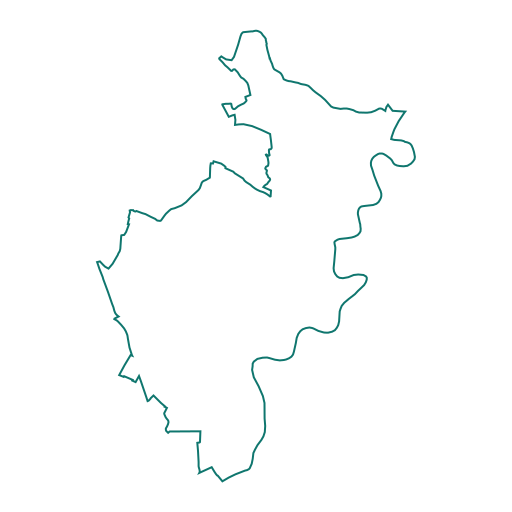 Santana De Mures, Mures, Romania (Natural Earth projection)
{"feature_id": "2599482B40977514976433", "entity_name": "Santana De Mures", "entity_type": "district", "adm_level": 2, "iso_a3": "ROU", "parent_name": "Romania", "parent_adm1": "Mures", "projection": "natural_earth1", "projection_center": [24.57, 46.597], "detail": "fine", "context": "isolated", "style": "outline", "palette": "teal", "viewbox_px": 512, "rotation_deg": 0, "n_neighbors": 0, "source": "geoboundaries", "source_scale": "gbopen_adm2", "svg_char_len": 6017}
<svg xmlns="http://www.w3.org/2000/svg" viewBox="0 0 512 512"><path d="M394.4,129.3L398.7,121.1L404.4,112.6L405.2,111.6L392.6,110.8L388.0,104.7L386.4,107.0L385.7,109.3L385.5,109.7L385.3,110.9L381.9,108.8L380.6,108.5L379.1,108.6L375.2,110.7L371.2,112.2L367.0,112.7L359.1,112.5L355.9,111.6L353.4,110.2L349.6,109.1L346.6,108.5L344.0,108.5L340.5,108.9L333.4,107.6L331.1,106.5L325.1,99.9L320.8,96.1L317.6,93.8L315.4,92.2L312.9,90.1L310.9,88.1L308.6,86.0L307.8,85.6L305.7,84.9L304.8,84.7L301.8,84.2L300.6,83.9L298.1,82.9L295.4,82.4L290.7,81.3L288.7,81.1L286.9,80.6L285.4,80.0L283.7,79.2L282.3,75.7L281.0,73.6L279.6,72.4L274.7,69.6L274.2,69.2L273.7,68.5L273.1,67.2L272.4,65.1L272.1,63.9L270.6,60.7L269.9,58.3L269.6,58.4L269.1,56.1L267.4,49.9L266.4,44.9L266.5,44.4L266.7,44.1L266.7,43.4L266.3,42.6L266.2,41.5L265.8,40.2L265.8,39.6L265.8,38.9L264.8,37.4L262.7,35.0L261.8,33.6L260.9,32.6L259.6,31.8L257.7,31.0L256.0,30.7L254.1,31.0L252.7,31.4L251.2,31.4L243.2,32.2L242.4,32.8L241.5,33.8L240.5,36.3L238.1,44.8L234.0,56.9L231.6,60.2L226.1,59.4L222.8,57.4L221.3,56.4L219.2,58.3L219.4,59.1L222.6,62.3L225.1,65.3L227.5,67.3L231.2,70.9L232.0,70.9L233.3,69.5L234.1,69.3L234.9,69.4L237.7,72.3L239.9,75.8L241.2,77.5L243.5,78.8L245.6,80.9L247.3,82.9L248.3,85.4L250.4,95.0L245.4,96.9L245.7,98.7L246.4,100.0L246.5,100.6L246.2,101.1L245.1,102.3L243.7,103.5L241.2,104.6L238.0,106.3L235.1,108.8L234.2,109.1L233.3,109.0L232.4,108.1L231.7,106.5L231.4,104.7L231.3,104.0L230.8,103.6L228.3,103.8L225.7,103.8L222.4,104.3L222.3,104.7L228.8,116.8L232.3,115.4L234.6,114.8L235.4,119.9L235.0,124.9L238.9,124.4L243.5,124.2L252.1,126.1L261.1,129.8L270.1,134.0L270.4,136.4L270.9,140.1L271.7,147.3L271.5,148.4L270.7,149.2L269.6,149.3L269.1,149.5L268.9,150.2L269.1,153.1L269.6,155.1L269.3,155.5L268.4,155.7L267.3,155.2L266.5,154.5L265.9,154.7L266.0,155.1L267.6,157.4L268.3,161.3L268.5,163.0L268.1,165.6L267.4,166.2L266.7,166.3L266.0,166.8L265.4,168.0L265.3,168.6L265.7,169.2L266.9,170.4L266.8,171.3L266.4,172.9L266.5,173.7L267.5,175.2L268.3,177.3L269.3,178.0L269.8,178.5L270.0,179.0L270.1,179.7L269.6,180.7L268.2,182.3L267.3,183.7L266.8,184.2L265.6,184.8L264.2,186.0L263.4,187.1L271.0,190.5L270.6,196.3L270.1,196.5L267.5,194.5L265.2,193.1L263.1,192.1L259.9,191.1L256.8,189.6L255.0,188.5L252.7,186.8L250.3,184.7L246.2,182.1L244.5,180.6L243.1,178.5L234.8,173.3L233.3,171.7L225.4,168.2L225.5,166.9L224.2,165.7L221.2,163.6L213.6,161.3L213.0,163.5L211.3,163.3L210.8,163.3L210.4,165.5L210.2,167.8L210.0,173.5L209.9,177.2L209.8,177.7L209.1,178.1L206.3,179.8L203.3,181.1L202.3,182.0L201.6,183.1L201.0,185.0L200.4,186.6L199.8,188.2L198.5,190.0L191.9,196.1L186.1,202.1L181.6,205.4L174.7,208.2L171.2,209.1L169.4,210.5L166.0,213.7L164.5,215.6L161.0,220.5L160.1,220.9L157.6,220.6L157.0,220.4L155.2,218.9L150.7,216.8L145.5,214.1L142.4,213.2L136.4,211.0L135.5,211.5L134.8,211.4L133.5,210.8L133.2,210.2L130.7,210.1L129.7,210.5L130.0,212.4L128.5,217.5L129.2,218.4L128.5,220.9L127.8,224.1L129.0,224.3L126.1,232.0L124.2,234.9L121.4,235.3L121.2,236.0L120.3,248.8L119.7,251.2L118.3,253.5L117.8,254.9L112.6,263.8L108.5,268.6L105.1,266.7L103.1,264.8L99.9,261.4L97.1,262.1L97.3,262.6L99.4,268.8L102.7,277.1L103.3,279.3L108.0,292.0L112.1,303.9L113.4,307.2L114.3,310.7L115.2,313.0L116.1,314.3L117.3,315.5L118.6,316.5L114.5,318.6L114.3,319.1L116.7,320.4L118.0,321.5L121.2,324.9L124.1,328.4L125.8,331.3L127.2,334.7L127.5,335.9L127.9,338.7L129.5,347.6L130.5,350.7L131.9,355.1L132.2,355.7L130.6,355.1L124.6,365.1L120.2,373.2L119.2,375.1L123.7,376.9L124.1,376.2L132.7,379.9L132.3,380.6L135.6,382.1L139.0,376.0L141.0,381.5L143.0,387.4L146.2,396.8L147.6,401.1L148.6,400.7L150.4,398.8L150.7,398.2L153.5,395.5L161.1,403.1L165.0,406.4L164.7,406.8L166.9,407.9L165.3,411.1L164.3,413.0L164.2,413.4L164.4,414.4L165.6,417.1L166.6,418.6L167.8,420.0L168.3,420.9L168.5,422.2L168.0,424.2L167.0,426.5L166.1,428.0L165.8,428.8L165.9,430.0L166.2,430.9L168.1,432.8L169.6,431.5L200.4,431.3L200.0,441.6L199.9,442.2L199.5,442.5L197.9,442.7L197.3,442.8L198.0,450.8L198.5,460.1L198.6,462.0L198.6,465.1L198.6,466.2L198.8,467.3L199.5,469.7L199.7,471.3L199.6,472.3L199.3,472.9L211.7,467.2L214.4,471.7L216.0,474.1L217.1,475.4L217.8,475.7L222.4,481.3L228.7,477.6L235.5,474.3L245.0,470.6L247.1,470.1L248.8,469.2L249.7,468.3L251.7,463.8L252.7,458.9L253.4,453.0L255.0,449.6L257.5,445.1L261.4,439.9L263.4,436.4L264.8,432.1L265.2,426.0L264.6,418.5L264.5,403.0L262.9,396.1L258.6,386.2L253.8,377.3L252.1,369.9L252.6,366.4L252.7,363.6L253.8,361.6L257.4,358.9L262.7,357.7L267.0,357.5L269.5,358.1L274.9,359.7L279.8,360.4L283.9,360.0L286.1,359.5L289.0,358.3L291.4,356.7L293.0,354.6L293.9,351.7L295.8,343.2L296.7,337.9L298.3,333.9L300.3,331.2L302.6,329.3L305.8,328.1L309.4,327.5L312.1,328.0L313.5,328.5L318.3,330.9L323.5,332.4L324.8,332.6L328.0,332.7L332.1,331.7L334.9,330.2L336.8,327.8L338.2,325.2L339.1,321.4L339.7,311.4L340.5,308.9L341.7,305.9L344.2,302.8L348.8,298.9L354.9,294.2L358.0,290.9L364.1,285.1L365.8,282.3L366.7,279.7L366.8,277.8L366.1,276.5L363.5,275.0L358.3,274.5L353.7,275.0L348.3,277.2L342.9,278.2L339.5,277.8L337.2,276.5L335.3,274.1L334.0,271.4L333.6,268.2L334.3,261.2L335.3,249.2L335.3,247.3L334.6,244.0L334.4,242.2L335.1,241.2L337.5,239.7L339.5,239.0L347.0,238.2L351.6,237.5L354.6,236.6L357.7,235.0L359.5,233.0L360.5,231.3L360.7,228.8L360.4,226.7L360.2,224.2L359.8,222.9L357.9,214.2L357.9,212.5L358.3,210.3L359.0,208.6L360.0,207.4L361.3,206.5L362.9,206.2L365.1,205.9L373.1,205.0L376.4,203.8L378.5,202.1L379.9,199.9L380.9,197.8L381.3,196.1L381.3,193.7L380.6,191.1L378.1,185.6L374.2,175.6L372.6,170.3L371.0,165.6L370.9,162.8L371.3,160.8L372.3,158.7L373.8,156.9L375.4,155.7L377.9,154.1L379.6,153.5L381.1,153.5L382.5,153.6L383.6,154.0L386.2,155.5L390.2,158.5L391.8,160.2L393.4,163.1L394.6,164.4L397.0,165.5L399.6,166.0L403.6,166.3L407.4,165.8L411.0,163.6L413.0,161.5L414.5,159.3L414.9,156.9L414.0,152.1L412.9,148.5L411.6,145.5L410.6,144.2L409.5,143.3L407.4,142.4L404.8,141.8L403.8,141.1L401.1,140.4L394.3,139.9L391.2,139.1L391.7,136.8L393.4,131.9L394.4,129.3Z" fill="none" stroke="#0f766e" stroke-width="2"/></svg>